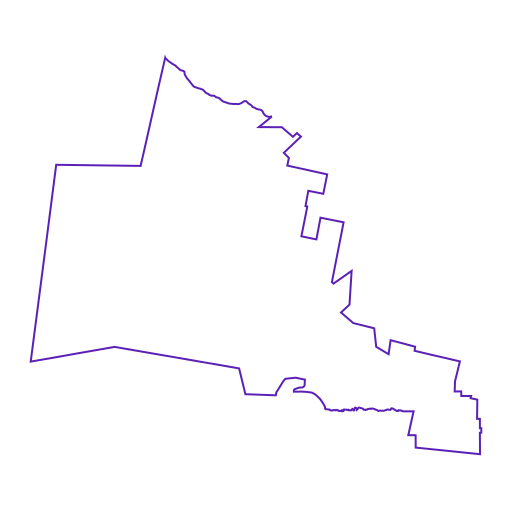 Ojo de agua, Santiago del Estero, Argentina
{"feature_id": "61730980B49758081905530", "entity_name": "Ojo de agua", "entity_type": "district", "adm_level": 2, "iso_a3": "ARG", "parent_name": "Argentina", "parent_adm1": "Santiago del Estero", "projection": "mercator", "projection_center": [-63.775, -29.267], "detail": "fine", "context": "isolated", "style": "outline", "palette": "violet", "viewbox_px": 512, "rotation_deg": 0, "n_neighbors": 0, "source": "geoboundaries", "source_scale": "gbopen_adm2", "svg_char_len": 5322}
<svg xmlns="http://www.w3.org/2000/svg" viewBox="0 0 512 512"><path d="M30.7,361.6L62.9,356.0L64.6,355.7L74.0,354.0L114.6,346.9L239.1,368.4L245.4,394.2L275.8,395.3L276.3,392.5L283.3,381.2L285.3,378.8L295.5,377.7L304.9,379.6L304.6,385.5L303.8,386.6L302.3,387.5L299.1,387.6L294.5,389.3L293.9,390.2L293.9,391.7L301.6,391.6L306.6,391.9L311.9,392.6L315.2,394.4L318.2,397.1L319.8,398.7L321.0,400.2L321.7,401.3L322.4,402.3L323.5,404.1L324.3,405.4L324.7,406.3L325.1,407.1L325.0,408.1L325.5,409.1L329.6,409.6L329.7,409.9L330.0,410.1L330.1,410.3L330.6,410.3L331.0,410.3L331.4,410.3L331.8,410.5L332.5,410.5L332.7,410.4L332.9,410.2L333.2,410.0L333.4,410.0L333.7,410.1L334.1,410.1L334.5,410.1L334.9,409.9L335.1,410.1L335.3,410.2L335.4,410.3L335.5,410.3L335.8,410.4L336.1,410.3L336.4,410.2L336.8,410.1L337.0,409.9L337.4,410.2L337.8,410.4L338.1,410.4L338.4,410.5L338.5,410.5L338.7,410.8L338.9,410.9L339.1,410.9L339.2,411.0L339.6,411.0L340.0,410.8L340.3,410.8L340.6,410.9L341.0,411.0L341.5,411.1L342.1,411.3L342.4,411.3L342.5,411.3L342.8,411.2L343.0,411.2L343.4,411.0L343.4,410.8L343.4,410.6L343.3,410.4L343.2,410.3L343.1,410.2L343.4,410.2L343.5,410.3L343.8,410.2L343.8,409.9L344.0,409.5L344.3,409.5L344.5,409.5L344.9,409.7L345.3,409.7L345.5,409.7L345.8,409.7L346.4,409.7L346.7,409.7L346.9,409.7L347.2,409.9L347.3,410.0L347.5,410.1L348.2,410.2L348.4,409.9L348.6,410.1L348.9,410.3L349.3,410.3L349.5,410.1L349.8,410.1L350.3,410.4L351.1,410.3L351.4,409.9L352.2,409.7L352.4,409.0L352.4,408.9L352.5,408.9L352.6,409.0L352.7,409.3L352.9,409.6L353.0,409.8L353.1,410.0L353.3,410.1L353.5,410.3L353.7,410.5L353.9,410.5L354.0,410.5L354.2,410.4L354.4,410.1L354.2,409.7L354.2,409.4L354.2,409.2L354.3,409.1L354.5,408.8L354.7,408.6L354.8,408.4L354.8,408.1L354.9,407.8L355.0,407.7L355.4,407.7L355.5,408.0L355.8,408.0L356.4,408.2L356.6,408.5L356.8,408.9L356.9,409.7L357.2,409.4L357.6,409.1L358.0,408.5L358.3,407.9L359.0,407.6L359.6,407.6L360.7,408.1L361.6,408.1L362.8,408.8L363.4,409.3L363.6,409.7L364.0,409.8L364.3,409.7L365.6,409.7L365.8,410.0L366.4,409.7L367.1,409.6L367.4,409.2L368.2,409.0L369.0,408.8L370.2,408.8L370.4,408.6L370.8,408.8L371.1,408.9L371.6,408.7L372.1,408.5L372.8,408.5L373.6,408.8L374.2,409.0L374.9,409.2L375.6,409.7L376.3,409.8L377.0,410.0L377.8,410.7L378.4,411.0L378.8,410.9L379.5,410.6L380.6,410.6L381.7,410.8L382.4,410.7L383.5,410.8L384.7,410.5L385.6,410.1L386.4,410.0L386.9,409.6L387.2,409.5L387.8,409.5L388.0,409.5L388.4,409.6L388.8,409.8L389.2,409.8L390.0,409.8L390.5,409.8L390.7,409.6L390.8,409.4L390.9,409.1L391.0,408.7L391.5,408.3L392.5,408.5L393.0,408.6L393.5,409.0L393.9,409.4L394.3,409.5L394.5,409.5L394.8,409.6L395.1,409.8L395.5,410.1L395.9,410.4L396.1,410.6L396.3,410.8L396.9,411.0L397.2,411.1L397.4,411.0L397.7,411.0L398.1,411.0L398.3,410.9L398.4,410.5L398.4,410.3L398.5,410.2L399.0,410.3L399.3,410.4L399.7,410.3L399.8,410.3L400.1,410.4L400.3,410.5L400.6,410.4L400.8,410.4L401.0,410.5L401.3,410.6L401.6,410.7L401.9,410.9L402.2,410.9L402.8,411.3L413.6,411.3L408.3,435.2L415.6,435.2L415.7,447.6L480.0,454.2L479.9,432.8L481.3,432.7L481.3,428.2L479.9,428.2L479.9,418.9L477.1,418.9L477.3,399.6L470.6,398.2L471.1,396.0L461.3,396.0L461.2,391.4L454.7,391.5L455.0,381.4L456.9,373.7L459.9,361.4L429.3,354.3L414.6,350.8L415.1,346.7L390.6,340.2L388.6,354.2L376.2,346.8L374.2,328.3L353.3,323.1L341.0,312.5L349.5,304.6L351.6,270.9L333.5,283.6L331.9,282.1L343.6,222.3L320.5,217.7L316.4,239.4L301.4,236.3L307.3,206.5L305.5,206.1L308.3,190.8L323.3,193.8L327.2,174.4L291.5,166.5L287.3,165.6L288.9,157.9L283.8,152.8L300.9,136.6L296.9,133.1L292.9,136.8L281.8,127.2L279.9,127.2L276.2,127.2L258.8,127.1L271.9,116.5L272.0,116.5L271.3,116.5L270.2,116.8L269.4,116.8L268.0,116.7L267.0,116.3L265.8,115.9L264.8,114.9L263.5,113.5L263.1,112.3L262.4,111.3L261.9,110.5L261.1,110.1L259.8,109.6L258.7,109.5L257.9,109.2L256.6,108.9L256.1,108.6L255.2,108.0L254.1,107.5L253.2,107.2L252.4,106.8L252.3,106.4L251.6,105.7L251.2,105.2L250.7,104.9L249.9,104.4L249.0,103.8L248.4,103.5L248.0,103.0L247.6,102.5L246.7,101.7L246.2,101.2L245.4,101.1L244.6,101.1L243.7,101.5L243.2,101.8L242.5,102.4L241.5,102.9L241.0,103.3L240.0,103.6L239.3,103.9L238.6,104.1L238.1,104.1L237.5,104.0L236.2,104.0L235.0,103.9L234.4,104.0L233.4,104.0L232.6,103.9L230.8,103.7L229.4,103.6L228.0,103.2L227.0,102.7L225.7,102.5L224.8,102.0L223.7,101.7L222.8,101.3L222.1,100.8L221.6,100.2L221.2,99.9L220.3,99.3L219.8,98.8L219.6,98.3L218.9,98.0L218.3,97.8L217.6,97.5L217.1,97.5L216.8,97.4L216.0,97.2L215.5,96.7L214.5,96.0L213.7,95.7L212.9,95.7L212.3,95.7L211.6,95.8L210.9,95.5L210.0,95.2L209.3,94.9L208.7,94.2L207.9,93.8L207.2,93.5L205.9,92.8L205.1,92.0L204.3,91.1L203.5,90.3L202.7,89.6L201.5,89.2L200.3,88.7L198.8,88.4L198.0,88.2L197.2,87.8L195.9,87.4L194.7,87.0L193.9,86.6L193.3,86.1L192.8,85.4L192.2,84.7L191.5,83.8L191.0,83.2L190.5,82.6L189.9,81.7L189.5,81.1L188.9,80.5L188.1,79.6L186.9,78.2L186.4,77.2L185.6,76.0L185.0,74.9L184.7,74.1L184.5,73.4L184.5,72.7L184.5,71.9L184.0,71.3L183.2,70.9L182.6,70.7L181.8,70.5L181.1,70.3L180.2,70.0L179.5,69.3L178.2,68.2L177.2,67.3L176.2,66.4L175.2,65.4L174.1,64.9L173.3,64.3L171.9,63.5L170.2,62.3L169.0,61.5L168.0,60.7L167.2,59.8L166.4,59.1L165.4,58.3L165.2,57.8L161.7,72.9L158.2,88.1L152.8,112.1L150.1,124.1L147.4,136.1L144.9,147.2L140.6,165.9L56.2,164.8L49.1,219.9L46.9,237.1L32.7,346.3L30.7,361.6Z" fill="none" stroke="#5b21b6" stroke-width="2"/></svg>